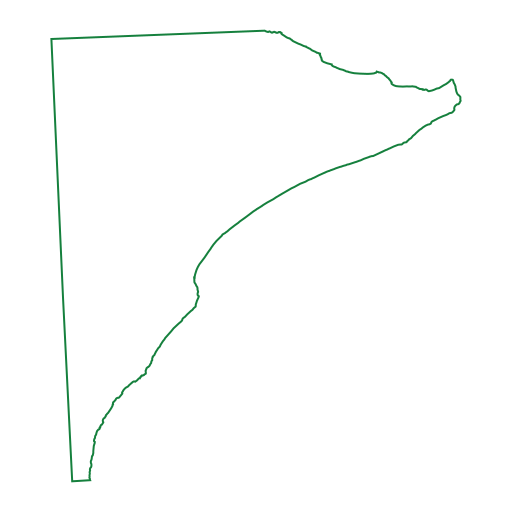 outline of Rawson, Chubut, Argentina
{"feature_id": "61730980B86456825396626", "entity_name": "Rawson", "entity_type": "district", "adm_level": 2, "iso_a3": "ARG", "parent_name": "Argentina", "parent_adm1": "Chubut", "projection": "orthographic", "projection_center": [-64.868, -43.298], "detail": "fine", "context": "isolated", "style": "outline", "palette": "green", "viewbox_px": 512, "rotation_deg": 0, "n_neighbors": 0, "source": "geoboundaries", "source_scale": "gbopen_adm2", "svg_char_len": 5822}
<svg xmlns="http://www.w3.org/2000/svg" viewBox="0 0 512 512"><path d="M72.2,481.3L90.1,480.2L89.9,479.7L89.9,478.8L89.7,478.3L89.4,477.7L89.6,476.7L89.5,475.4L89.8,473.7L89.8,473.1L89.6,472.3L89.8,471.4L90.1,470.6L89.9,469.2L90.2,468.2L91.1,467.1L91.4,466.0L91.4,464.1L90.9,463.0L90.8,461.5L91.1,460.4L91.4,460.0L91.6,459.1L91.8,457.9L91.9,456.8L92.2,455.9L92.7,455.5L93.3,453.0L93.3,451.1L93.8,445.9L94.7,443.0L94.8,441.9L94.4,441.6L94.0,441.1L94.0,440.6L94.2,439.5L94.4,438.9L95.0,437.9L95.1,436.5L95.2,436.0L96.1,434.6L96.3,433.5L97.0,431.2L98.2,429.7L99.3,429.2L99.7,428.6L99.5,428.1L99.6,427.6L100.0,427.1L100.3,427.1L100.4,426.9L100.4,426.3L100.8,425.4L101.1,425.0L101.9,424.6L103.3,422.4L103.3,422.2L103.0,421.8L102.8,420.9L102.8,420.3L103.1,419.4L103.7,418.4L104.3,418.1L104.7,417.8L105.0,417.2L105.7,416.4L105.8,415.5L106.0,415.1L106.6,414.6L107.2,413.7L108.1,412.9L111.1,408.4L112.1,406.6L112.6,405.6L112.5,405.0L113.1,404.3L112.9,403.2L113.0,402.8L113.5,401.9L114.1,401.6L114.6,401.0L114.7,400.7L115.5,400.0L115.9,399.1L116.3,398.5L116.7,398.2L117.6,397.8L118.6,397.8L119.1,397.5L122.3,393.6L122.1,392.8L122.1,392.4L122.9,391.3L123.2,390.5L124.6,388.8L125.8,387.7L128.0,386.5L129.2,385.1L132.7,382.0L133.6,381.5L134.3,381.4L135.2,381.7L136.9,380.5L138.7,378.6L139.5,378.1L139.9,378.2L140.0,377.8L140.3,377.5L140.3,377.2L140.7,376.9L140.7,376.7L141.0,376.4L141.2,376.5L141.4,376.4L141.3,375.9L141.9,375.4L143.2,375.4L144.0,375.0L144.1,374.7L145.8,373.6L145.8,372.2L145.6,370.9L146.3,369.1L146.5,368.3L147.2,367.6L147.8,367.1L148.1,367.1L148.4,366.9L149.5,365.8L150.5,363.8L151.1,363.1L151.4,361.3L152.2,360.2L152.2,358.5L152.4,357.8L152.8,357.1L152.7,356.8L153.3,356.0L154.1,355.3L154.4,355.0L155.1,353.3L155.7,352.4L155.8,351.8L156.7,350.6L158.2,348.2L159.8,346.6L160.7,344.6L162.9,341.2L164.4,339.4L165.2,338.0L171.1,331.4L173.6,328.3L178.1,324.1L179.9,322.5L180.3,322.3L181.8,320.8L182.1,320.4L182.3,319.5L182.6,318.8L183.3,318.0L185.0,316.8L187.3,314.3L191.0,310.9L192.4,309.9L193.7,308.2L195.6,306.6L195.7,306.1L195.8,304.4L196.3,302.9L196.9,300.9L198.5,297.4L198.8,296.3L198.7,296.1L198.5,295.8L198.0,295.6L197.8,295.3L197.6,294.8L197.6,293.4L197.9,292.4L198.1,292.0L198.1,291.7L197.5,289.5L197.5,288.3L197.3,287.2L196.4,285.9L195.6,284.1L194.5,282.5L194.3,280.8L194.4,280.1L194.2,278.6L194.4,278.2L194.7,278.0L194.7,277.9L194.2,277.6L194.1,277.2L194.7,276.5L195.1,274.5L196.5,270.0L197.8,267.1L199.4,264.3L204.5,257.6L208.4,251.8L210.6,248.8L211.3,247.6L213.5,244.5L216.6,240.8L221.9,235.6L222.4,234.6L223.5,233.9L225.0,233.1L226.2,232.1L227.3,231.4L229.6,229.3L234.8,225.3L238.3,222.8L239.6,221.6L246.0,217.0L253.4,211.4L256.2,209.6L256.7,209.1L257.8,208.6L257.9,208.4L260.0,207.2L260.6,206.7L261.7,206.2L261.9,205.9L263.5,204.8L267.4,202.4L273.3,199.2L276.1,197.3L282.0,193.8L291.5,188.3L294.1,187.1L300.1,183.8L305.5,181.7L308.2,180.1L310.2,179.3L310.9,179.2L312.6,178.3L314.3,177.6L318.8,175.3L326.8,171.7L328.7,171.0L329.3,170.9L330.5,170.3L331.9,169.9L332.2,169.7L333.8,169.2L335.6,168.4L340.3,166.8L340.7,166.8L343.5,165.8L345.9,165.2L347.1,164.6L348.8,164.3L355.1,162.2L356.2,161.9L359.4,160.7L360.5,160.4L363.9,158.8L368.8,157.1L369.9,156.6L370.6,156.5L371.3,156.2L373.2,156.0L385.7,150.1L387.1,149.6L388.8,148.7L389.5,148.5L393.7,146.5L398.1,144.8L400.4,144.5L401.4,144.5L402.0,144.3L403.6,142.8L404.6,142.5L406.5,142.2L407.1,141.3L408.5,140.1L409.2,139.2L410.4,138.6L411.2,138.0L412.9,135.9L415.0,134.2L416.1,133.0L419.5,129.9L421.4,128.7L422.9,127.4L425.7,125.6L427.9,124.6L429.5,124.3L430.8,123.6L431.4,122.2L431.8,121.7L432.5,121.2L434.5,120.3L434.9,120.0L435.5,119.8L438.3,118.2L443.3,116.0L446.1,115.0L447.8,114.2L449.4,113.2L451.5,112.8L452.1,112.5L453.0,111.7L454.3,110.1L454.4,109.4L454.2,108.6L454.3,107.7L454.7,106.6L455.2,105.9L455.8,105.3L456.9,104.4L458.6,104.1L459.3,103.1L459.7,102.8L459.9,102.0L460.4,101.1L460.6,100.9L460.6,100.7L460.3,99.4L460.4,97.9L460.3,96.9L459.2,95.6L457.9,94.6L457.2,93.6L456.4,91.6L455.6,87.9L455.5,86.5L454.7,84.4L453.7,82.7L453.4,81.4L452.9,80.0L452.7,79.8L452.2,79.7L450.9,79.7L450.6,79.9L450.1,80.9L449.2,81.5L448.8,82.0L447.6,82.9L446.1,84.0L443.6,85.3L439.1,88.1L436.6,88.6L434.5,89.6L432.0,90.5L428.9,91.2L428.4,91.1L427.4,90.4L426.8,89.8L426.4,89.6L425.6,89.5L424.3,89.9L422.5,89.7L422.4,89.6L422.5,89.4L423.0,89.3L422.9,89.2L419.4,88.9L419.0,88.5L416.4,87.3L415.9,86.8L414.7,86.7L414.0,86.5L413.1,86.5L412.7,86.3L410.1,86.5L406.6,86.4L402.9,86.6L398.6,86.4L396.1,86.1L394.3,85.5L392.8,84.7L391.7,83.9L391.4,83.0L391.7,82.4L391.1,81.8L390.4,80.6L389.0,79.0L388.8,78.5L386.7,76.9L386.2,76.2L384.7,75.2L384.2,74.5L383.6,74.0L382.7,73.7L382.0,73.1L380.3,72.5L378.8,72.4L378.1,72.0L377.5,71.9L376.7,71.6L376.4,72.3L376.1,72.5L375.9,72.8L375.1,72.9L373.9,73.4L371.2,73.7L367.7,73.9L359.6,73.6L354.2,73.2L351.6,72.7L348.6,72.0L348.1,71.8L347.8,71.5L346.9,71.5L346.1,71.3L345.2,70.9L344.8,70.5L343.6,70.2L343.2,69.9L339.4,69.0L339.0,68.7L336.7,67.8L335.7,67.2L334.1,66.7L332.5,65.9L331.5,64.7L331.6,64.4L327.3,63.3L323.6,61.9L322.2,60.9L321.8,60.4L321.8,59.6L321.5,59.1L321.5,58.2L321.2,57.9L321.0,57.2L320.6,56.7L320.5,56.0L320.3,55.6L319.8,54.9L319.7,54.6L320.0,54.4L319.9,54.1L320.0,53.6L318.2,53.0L317.2,52.7L317.0,52.8L315.4,51.8L312.1,50.4L309.9,48.7L308.4,48.1L308.2,47.9L306.3,47.0L305.9,46.5L305.6,46.6L305.1,46.4L303.7,46.0L300.6,44.5L298.4,43.7L293.2,41.2L292.1,40.4L291.7,39.8L290.6,39.3L290.1,38.7L289.3,38.3L288.5,38.2L286.7,37.4L283.6,35.3L282.4,34.6L281.5,33.8L281.5,33.5L281.6,33.1L281.2,32.9L281.0,32.6L280.5,32.6L280.0,32.3L280.0,32.1L278.9,32.0L278.4,32.4L277.5,32.8L276.8,32.7L276.6,32.8L275.9,32.6L275.5,32.2L274.6,32.1L274.1,31.8L273.1,32.3L272.4,32.3L272.0,32.7L271.2,32.4L269.6,31.4L269.3,31.4L268.1,32.0L266.3,31.5L264.7,30.7L264.3,30.7L51.4,39.0L63.0,297.4L72.2,481.3Z" fill="none" stroke="#15803d" stroke-width="2"/></svg>